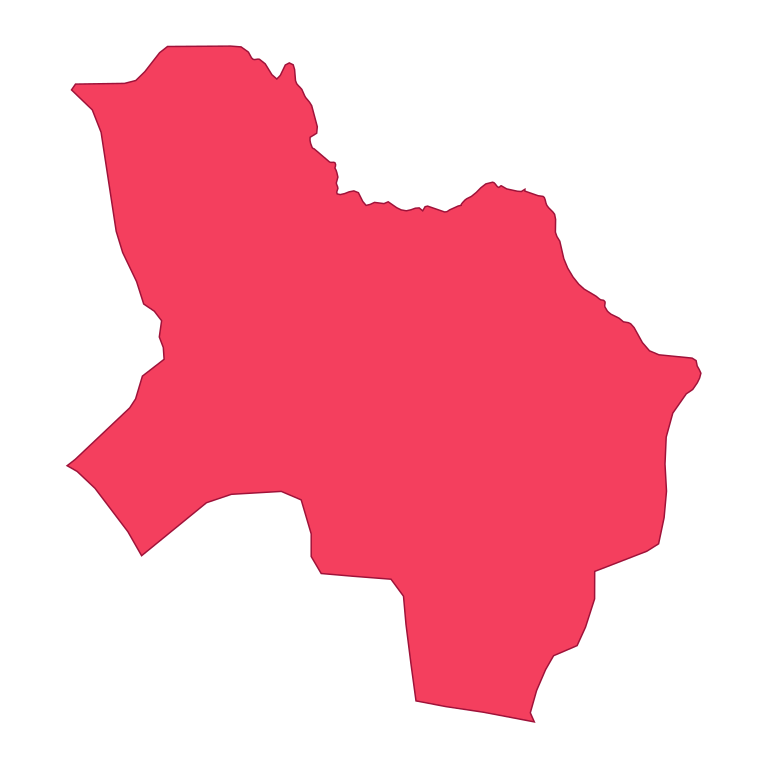 SVG path tracing the border of Katavi
{"feature_id": "TZA-5584", "entity_name": "Katavi", "entity_type": "Region", "adm_level": 1, "iso_a3": "TZA", "parent_name": "United Republic of Tanzania", "parent_adm1": "", "projection": "robinson", "projection_center": [31.46, -6.489], "detail": "fine", "context": "isolated", "style": "filled", "palette": "rose", "viewbox_px": 768, "rotation_deg": 0, "n_neighbors": 0, "source": "natural_earth", "source_scale": "10m", "svg_char_len": 2495}
<svg xmlns="http://www.w3.org/2000/svg" viewBox="0 0 768 768"><path d="M141.6,555.7L127.9,531.7L95.0,488.3L77.1,471.4L67.1,465.7L75.2,459.4L129.7,407.9L135.6,398.9L142.4,376.1L164.1,359.3L163.3,347.5L159.3,337.0L161.6,320.7L154.3,311.2L143.7,304.0L136.6,281.6L122.7,252.6L116.2,231.3L101.1,132.3L92.3,109.9L71.5,89.9L75.5,84.1L124.5,83.4L135.8,80.5L144.8,71.7L159.6,52.7L167.5,46.5L230.7,46.1L241.1,46.9L248.4,52.1L251.5,57.8L253.1,59.3L254.5,59.6L258.0,59.1L259.5,59.3L265.2,63.8L271.9,74.7L276.8,79.0L280.3,75.4L285.3,65.0L289.3,62.9L293.2,64.8L294.6,69.5L295.5,80.6L296.7,83.7L298.4,85.7L300.1,87.4L301.9,89.5L304.7,95.9L305.7,97.6L309.6,102.3L311.7,105.7L317.3,126.7L316.7,133.2L310.1,137.3L310.0,140.3L310.6,143.4L312.2,147.6L313.0,148.4L314.1,148.8L329.3,161.8L330.6,162.4L333.8,162.3L334.9,162.7L335.6,164.4L335.5,166.1L334.9,168.0L336.1,170.3L336.9,172.8L337.9,177.1L336.3,183.0L336.6,184.3L337.6,186.8L337.9,188.4L336.7,192.1L337.2,193.9L340.2,194.6L344.6,193.6L349.2,191.8L353.9,190.9L358.4,192.7L362.8,201.5L366.1,205.4L370.2,204.4L374.5,202.4L384.0,203.6L388.2,201.8L396.7,207.7L401.2,209.9L406.3,210.8L410.9,209.8L415.3,208.2L419.2,207.9L422.7,210.8L425.1,206.7L427.6,206.1L444.7,212.0L447.1,211.6L449.6,209.9L458.2,206.0L461.2,205.3L461.2,204.5L462.5,202.7L465.0,200.0L466.8,198.7L471.4,196.4L476.3,192.4L480.8,187.8L485.8,183.9L492.6,182.2L494.0,182.7L495.2,183.9L497.3,186.6L498.7,187.4L499.7,186.9L500.5,186.0L501.3,185.8L506.7,188.9L517.3,191.2L521.3,191.5L524.9,189.3L524.9,191.1L538.1,195.7L543.0,196.4L544.3,197.5L545.2,199.9L545.9,202.9L546.8,205.3L548.6,207.7L553.0,212.1L554.6,214.3L555.6,219.4L555.4,232.2L556.9,236.5L559.8,241.2L563.8,258.7L567.7,268.1L573.0,277.0L578.8,284.3L584.3,289.2L596.2,296.3L599.3,298.9L600.7,299.8L603.6,300.3L604.9,301.6L605.1,302.8L604.7,305.7L604.9,306.9L607.3,311.0L608.6,312.3L611.0,314.2L619.1,318.2L623.4,321.8L628.5,322.7L630.7,323.8L634.1,327.6L642.4,342.6L649.5,350.8L658.9,354.8L692.1,358.1L696.1,360.6L697.2,366.0L699.2,369.5L700.9,373.2L699.6,378.1L697.3,382.8L692.7,389.5L686.3,393.8L672.8,413.1L666.2,437.1L665.0,464.1L666.5,491.2L664.1,517.7L658.6,543.8L646.9,551.2L594.7,571.4L594.6,598.9L585.5,627.2L577.1,645.6L553.6,655.7L545.6,669.6L536.6,690.5L530.3,712.8L534.3,721.9L483.3,712.2L445.9,706.6L416.0,700.9L411.0,664.1L406.0,624.5L403.5,596.2L391.0,579.2L353.6,576.3L321.2,573.5L311.2,556.5L311.2,533.9L301.2,499.9L281.3,491.4L231.4,494.3L206.5,502.7L141.6,555.7Z" fill="#f43f5e" stroke="#9f1239" stroke-width="1.5"/></svg>